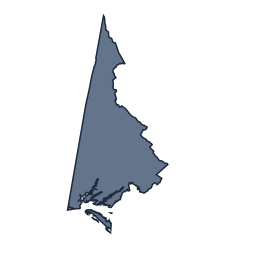 Virginia, Natural Earth projection, rotated 100°
{"feature_id": "USA-3552", "entity_name": "Virginia", "entity_type": "State", "adm_level": 1, "iso_a3": "USA", "parent_name": "United States of America", "parent_adm1": "", "projection": "natural_earth1", "projection_center": [-77.892, 37.995], "detail": "fine", "context": "isolated", "style": "filled", "palette": "slate", "viewbox_px": 256, "rotation_deg": 100, "n_neighbors": 0, "source": "natural_earth", "source_scale": "10m", "svg_char_len": 6088}
<svg xmlns="http://www.w3.org/2000/svg" viewBox="0 0 256 256"><g transform="rotate(100 128 128)"><path d="M215.3,173.3L214.5,172.0L214.8,173.3L112.1,173.6L97.3,172.9L83.4,172.7L72.9,171.9L72.5,171.4L66.2,171.2L65.0,171.8L21.7,171.6L22.8,170.6L25.7,169.6L28.1,169.3L29.9,168.3L32.6,167.4L35.4,166.9L35.5,166.1L37.1,163.8L38.5,163.7L42.0,162.3L42.4,161.5L42.5,159.8L46.0,157.7L46.3,157.0L46.2,155.6L46.9,154.9L55.2,150.4L65.1,142.3L65.4,142.8L65.5,143.3L64.6,144.4L65.9,145.5L66.0,147.5L67.5,148.7L68.0,149.7L68.6,150.2L70.2,150.4L71.1,151.5L72.7,152.5L74.6,152.7L75.5,152.5L77.0,151.0L78.8,150.6L80.2,148.7L80.9,148.8L81.6,149.8L83.0,150.7L83.7,151.5L86.0,150.4L88.6,150.0L89.5,149.6L90.6,149.9L92.3,148.9L92.8,148.1L92.4,147.1L92.4,146.5L93.3,145.8L94.5,146.0L94.7,146.5L95.8,147.2L101.3,144.5L102.3,144.5L102.6,145.6L103.2,145.7L107.2,143.2L107.4,142.5L106.9,142.1L106.9,141.5L109.0,139.7L108.8,139.1L107.4,138.2L107.5,137.7L109.5,133.6L114.7,127.8L116.2,125.0L116.8,122.2L119.9,119.2L119.9,117.9L120.6,116.7L121.4,116.2L122.5,114.1L122.6,112.2L123.2,111.2L123.7,109.4L124.0,109.3L126.2,110.1L127.3,112.1L127.2,112.8L132.8,114.4L135.0,111.4L136.1,108.2L137.5,106.9L137.9,104.8L140.0,101.4L140.3,101.3L142.9,103.2L143.3,103.1L146.4,98.7L146.7,98.6L147.2,99.1L148.1,98.8L149.2,97.4L150.5,96.8L151.2,95.8L151.2,95.3L151.7,94.5L154.5,91.6L154.8,88.1L156.1,86.1L156.3,85.3L156.1,83.4L157.0,82.4L169.1,92.0L171.7,86.1L176.1,87.1L176.8,88.2L178.4,88.9L178.6,89.4L178.6,90.0L177.4,91.2L177.2,91.7L177.6,92.6L179.5,94.2L181.7,94.4L183.2,95.0L183.8,95.6L184.2,96.9L186.4,97.6L187.6,99.4L188.4,99.6L189.3,101.1L189.0,101.5L189.1,102.9L188.8,103.3L188.9,105.4L187.2,105.7L186.8,106.6L185.9,106.2L185.9,106.5L186.7,107.9L185.4,108.4L184.9,108.0L185.2,107.3L185.0,107.0L184.3,107.2L183.9,108.7L183.3,109.5L183.6,110.0L183.0,110.4L182.9,111.2L181.9,113.7L182.2,115.1L181.1,114.4L181.3,115.0L182.7,116.3L182.8,116.7L181.5,116.9L181.6,117.1L183.9,117.5L185.9,116.9L186.8,116.3L188.0,116.3L188.7,115.5L189.1,115.4L189.8,116.1L189.8,117.5L189.6,117.8L188.8,117.9L190.1,119.1L191.0,119.4L191.3,121.2L192.3,121.6L193.1,122.3L196.3,122.8L196.7,123.5L198.2,122.8L199.0,123.3L199.8,123.1L200.2,123.7L200.0,124.3L201.9,125.5L202.2,126.2L201.9,126.5L202.0,127.0L203.7,127.3L203.9,127.6L203.5,127.8L209.1,130.8L209.4,132.2L209.1,133.4L208.6,133.3L207.4,132.3L207.2,132.5L208.0,134.7L207.7,135.7L207.2,135.8L208.2,136.9L208.2,137.2L207.2,137.2L207.3,137.7L206.8,138.2L207.4,139.2L207.7,139.2L207.3,139.6L205.2,138.9L204.5,138.2L204.3,138.4L203.6,136.9L203.0,138.5L202.7,138.6L201.9,136.7L199.7,133.6L199.2,133.8L198.8,133.5L198.7,132.7L198.4,133.0L197.7,132.9L196.0,130.5L194.4,129.6L193.9,128.4L193.2,128.1L191.8,124.9L191.1,124.3L189.7,124.1L189.0,122.8L188.6,122.6L187.0,122.3L186.8,122.6L187.4,123.1L188.8,123.1L189.0,124.1L189.4,124.6L191.1,125.0L192.0,126.0L192.1,128.4L193.2,128.8L193.5,129.6L195.3,131.2L196.4,133.4L197.3,134.4L198.4,134.4L198.5,135.5L199.9,136.0L200.8,137.3L201.0,138.7L201.5,139.5L202.2,139.9L204.6,139.6L205.2,140.5L208.2,141.3L207.4,141.8L205.5,142.2L205.5,142.4L207.8,143.7L208.1,142.9L208.6,142.9L208.8,143.9L208.4,144.7L209.3,145.1L208.9,148.6L208.4,149.1L207.9,148.7L207.3,147.0L206.2,147.1L205.0,145.3L204.6,146.0L205.3,146.9L204.5,146.7L204.1,147.2L205.3,148.5L204.5,149.0L205.5,149.0L206.1,150.1L205.9,150.6L202.9,151.3L201.3,149.0L200.8,148.8L199.2,146.3L198.3,145.8L197.0,143.7L195.7,142.4L195.4,142.7L195.3,143.3L196.1,143.9L197.2,145.8L198.0,146.3L200.2,149.9L203.7,152.5L205.7,151.9L206.0,152.3L205.9,153.1L206.1,153.6L206.6,154.0L206.7,153.7L207.5,154.2L208.1,155.1L206.9,156.0L208.7,156.1L208.6,157.7L208.0,158.7L206.5,159.0L205.4,159.8L204.7,159.9L204.1,158.2L202.3,157.4L201.7,156.4L201.3,156.5L200.1,155.4L199.8,154.6L200.1,153.8L199.5,152.2L198.9,151.8L197.0,152.3L196.7,153.0L196.1,151.9L193.9,150.9L193.7,149.0L193.4,149.6L193.3,150.7L192.6,151.4L192.0,151.5L190.5,149.1L189.9,149.2L188.8,150.2L188.4,149.2L187.9,148.9L186.6,149.2L185.7,148.8L184.7,148.9L183.9,148.2L183.2,148.8L183.5,149.4L185.8,150.1L188.0,150.1L188.5,150.8L189.8,149.9L190.3,150.1L190.9,151.6L192.9,152.7L195.2,152.7L196.2,154.0L197.4,154.5L198.1,153.2L198.6,153.4L198.9,155.9L198.5,157.1L198.8,157.8L201.1,158.3L200.7,158.9L201.6,159.3L203.0,160.6L203.5,162.1L202.3,163.5L203.0,163.4L204.5,162.4L205.9,162.3L207.1,162.8L207.3,163.5L208.2,163.9L207.5,162.8L207.9,161.9L207.2,161.4L207.2,160.7L207.7,160.4L208.7,160.4L212.3,161.8L213.5,161.9L214.6,161.2L215.4,161.3L215.8,161.9L216.5,165.2L219.3,173.3L218.6,173.3L218.6,171.8L218.1,171.0L217.4,168.4L216.6,168.0L216.2,171.5L216.4,173.3L215.3,173.3ZM231.0,127.3L229.9,128.2L229.5,129.0L229.9,129.6L229.5,130.1L229.9,130.3L229.2,131.1L230.0,131.4L229.8,131.7L228.1,133.1L221.2,143.8L220.0,144.9L220.2,145.3L219.9,146.0L220.6,146.4L220.5,146.6L219.8,146.9L219.1,146.7L218.3,148.0L217.4,151.5L217.1,154.9L216.8,155.2L216.3,154.9L215.4,153.1L215.6,151.6L215.0,151.1L215.1,150.3L215.9,149.2L215.2,149.2L215.8,147.5L215.7,147.1L216.5,146.1L216.6,145.8L216.0,146.0L216.3,145.0L217.3,144.2L217.1,143.6L216.5,143.9L216.6,143.0L217.0,142.3L218.1,141.5L217.0,141.1L217.6,140.5L217.4,140.0L218.6,139.4L218.2,138.9L218.5,138.4L219.9,138.1L219.8,137.3L220.7,136.3L220.1,136.2L220.1,135.9L221.0,135.1L220.9,134.7L220.4,134.2L220.7,133.8L221.6,134.2L223.0,134.0L222.7,133.4L222.8,132.7L223.9,132.7L223.5,132.2L223.6,131.2L221.8,130.6L223.0,129.7L224.2,129.4L224.5,129.1L224.2,128.9L224.8,128.0L231.0,127.3ZM217.3,155.6L218.2,154.8L217.8,151.8L218.2,150.4L218.6,150.1L219.2,150.7L218.6,151.6L218.6,152.7L219.1,153.1L219.9,153.0L220.2,152.6L220.2,152.9L218.3,155.3L217.3,155.6ZM234.3,127.0L232.3,131.2L231.0,132.3L230.6,132.0L230.4,131.8L230.7,131.6L231.5,131.7L231.7,131.3L231.1,131.0L231.2,130.7L232.2,130.2L233.5,127.6L233.8,127.1L234.3,127.0ZM224.9,141.3L225.5,141.1L223.7,144.2L223.6,143.9L224.9,141.3ZM224.1,144.7L224.0,145.3L222.5,147.6L222.4,147.4L223.6,144.9L224.1,144.7ZM217.0,173.3L216.9,172.9L217.8,172.5L217.9,173.3L217.0,173.3ZM214.9,129.2L214.9,130.0L214.7,130.5L214.5,129.2L214.9,129.2Z" fill="#64748b" stroke="#1e293b" stroke-width="1.5"/></g></svg>